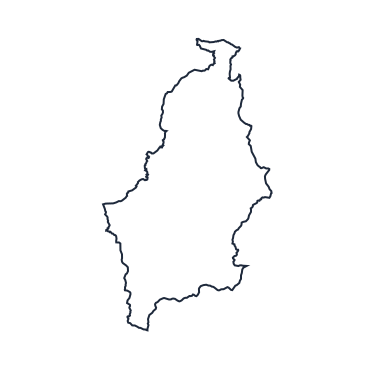 outline of Pasto, Nariño, Colombia, rotated 40°
{"feature_id": "7082276B828212266438", "entity_name": "Pasto", "entity_type": "district", "adm_level": 2, "iso_a3": "COL", "parent_name": "Colombia", "parent_adm1": "Nariño", "projection": "mercator", "projection_center": [-77.263, 1.088], "detail": "fine", "context": "isolated", "style": "outline", "palette": "slate", "viewbox_px": 384, "rotation_deg": 40, "n_neighbors": 0, "source": "geoboundaries", "source_scale": "gbopen_adm2", "svg_char_len": 6042}
<svg xmlns="http://www.w3.org/2000/svg" viewBox="0 0 384 384"><g transform="rotate(40 192 192)"><path d="M168.6,85.7L165.3,81.4L161.1,80.7L159.9,78.8L157.1,77.6L157.1,74.8L155.4,73.3L154.2,71.9L153.5,71.6L152.7,71.8L153.5,73.1L153.4,75.5L153.8,76.2L152.1,80.2L150.5,81.5L147.1,81.5L146.9,81.1L147.6,80.0L144.9,77.3L143.6,75.3L142.7,73.2L140.4,70.7L139.9,69.2L138.6,68.7L137.6,67.6L136.9,66.3L136.4,66.2L136.1,65.4L136.1,63.6L136.5,63.2L136.4,62.5L135.9,62.0L136.6,61.2L137.1,59.6L137.0,58.5L136.3,57.6L135.8,55.6L136.9,54.8L136.7,54.2L137.1,53.6L136.5,51.1L136.0,51.3L134.8,50.9L133.6,52.5L131.7,53.1L127.9,53.3L126.5,53.9L125.5,53.7L124.5,54.1L123.7,54.0L122.7,54.7L118.5,55.2L117.0,56.7L116.5,57.8L115.5,58.8L115.2,59.8L114.6,59.9L114.0,61.1L113.3,61.5L112.2,63.2L109.1,66.2L108.7,66.1L108.0,66.3L105.0,68.3L103.7,68.8L103.4,69.5L102.5,70.2L98.6,70.5L97.3,71.7L97.6,72.4L98.4,72.8L98.9,72.5L99.2,72.7L101.2,76.0L101.6,76.0L102.7,74.8L104.0,75.0L106.6,76.3L111.6,73.9L112.8,73.9L113.4,73.2L115.6,73.0L116.9,72.1L118.5,69.9L119.0,71.5L119.6,71.5L119.5,72.8L119.7,73.5L119.4,73.8L120.8,73.3L121.3,72.7L121.0,74.0L123.4,74.5L123.7,76.5L125.2,77.3L125.4,78.3L126.6,78.7L126.1,80.6L126.4,81.4L125.0,82.0L124.6,83.0L124.4,84.3L125.5,87.6L123.9,88.6L123.8,90.4L123.4,91.2L122.3,92.1L121.8,93.2L115.4,96.7L112.9,102.7L113.2,106.2L112.2,109.1L111.2,110.7L110.8,111.9L111.0,115.5L111.5,117.1L111.6,119.1L111.5,120.4L110.7,121.1L111.9,128.0L111.4,129.0L109.1,131.1L109.4,132.5L108.8,133.8L110.8,139.1L113.6,142.8L114.2,145.8L115.8,148.1L117.3,148.3L118.6,149.7L119.1,151.0L119.4,153.2L120.8,154.4L121.5,156.4L122.5,157.6L122.8,158.8L124.2,161.3L127.1,163.2L129.6,163.3L131.9,162.9L132.6,162.0L133.2,161.7L133.0,162.5L133.5,164.4L134.5,165.4L136.3,167.8L136.4,169.0L136.8,169.6L136.3,171.0L136.7,171.4L137.7,171.6L138.6,172.6L139.3,174.8L140.1,174.7L140.1,176.7L140.4,177.1L139.2,178.1L138.9,177.1L138.5,177.6L138.9,178.4L138.5,178.8L138.8,182.5L137.7,187.2L136.5,188.3L135.5,188.1L134.9,188.6L133.9,188.5L132.8,189.2L132.6,189.8L133.0,192.3L133.7,192.2L135.1,193.1L135.9,192.5L136.6,192.7L136.9,193.9L135.6,194.5L135.4,195.4L135.7,196.2L137.7,197.0L137.6,197.3L138.4,199.6L138.3,200.5L139.0,201.3L138.7,201.7L138.9,202.3L140.5,203.9L141.2,203.9L141.3,204.4L142.1,204.6L142.2,205.3L142.6,205.0L142.7,204.2L143.3,204.8L143.2,205.3L144.8,205.4L145.7,206.2L146.1,206.7L146.0,207.4L147.1,207.0L147.3,208.0L146.9,208.9L147.0,209.8L147.6,210.0L148.7,209.5L149.7,211.1L149.5,211.9L148.9,212.6L148.5,212.6L148.3,213.2L146.2,213.5L145.2,214.8L144.4,216.9L144.2,219.2L144.9,219.9L145.0,223.3L145.9,223.3L146.2,224.6L145.1,229.2L142.9,232.5L143.5,233.5L143.1,234.0L143.3,235.3L144.8,236.7L144.6,237.3L144.9,238.9L143.9,243.6L143.3,244.9L141.8,246.0L140.7,248.6L139.0,251.3L133.3,256.4L131.8,258.6L136.0,260.9L137.8,262.3L138.9,262.6L139.4,263.3L139.8,265.0L143.0,265.4L144.1,266.1L144.5,266.9L146.3,268.0L146.7,269.0L150.2,270.3L150.5,271.1L150.5,272.1L151.0,272.9L150.7,273.8L151.3,273.9L151.3,275.0L150.7,276.1L151.1,276.8L151.9,276.0L152.7,276.2L153.9,275.5L154.7,275.7L155.1,274.9L157.3,275.3L158.2,274.7L160.2,274.9L161.1,274.3L162.3,274.6L164.2,276.3L165.4,278.3L166.4,279.3L168.5,277.6L170.2,277.5L174.7,282.7L178.4,284.7L181.0,287.7L181.6,289.0L183.2,290.4L184.7,290.9L188.7,290.6L191.2,290.9L193.8,293.7L194.5,296.2L194.1,297.7L195.4,301.5L197.6,302.4L199.9,304.1L200.5,305.4L201.5,306.5L201.8,307.9L202.9,309.1L203.2,309.9L203.8,310.4L205.9,309.1L208.9,308.6L209.7,308.9L210.6,309.9L212.2,313.4L212.3,316.5L213.6,318.8L216.9,318.3L217.8,319.1L218.1,320.5L218.5,321.0L221.2,322.1L221.7,323.4L222.4,324.0L222.8,325.6L223.9,326.5L223.8,327.6L223.0,328.1L222.7,328.9L223.2,329.5L224.8,330.0L225.6,332.1L227.1,333.1L229.0,332.2L232.0,332.6L234.0,331.0L236.9,330.3L238.5,330.2L239.9,329.2L243.2,328.4L245.0,327.1L245.8,327.1L246.8,326.6L245.9,325.6L244.2,321.9L242.7,321.2L242.4,319.9L240.0,317.6L238.4,313.6L239.2,310.1L238.9,307.9L239.4,304.9L238.8,303.6L237.1,302.8L235.8,301.7L235.6,300.1L236.4,298.4L236.6,295.1L238.3,291.7L239.0,291.0L243.5,289.1L244.9,287.8L245.4,286.5L246.1,285.7L247.6,284.8L250.7,284.5L252.5,284.0L253.0,283.4L253.7,281.8L254.0,278.9L254.9,277.3L256.1,276.3L256.9,273.3L257.9,272.6L258.7,271.5L258.6,269.9L259.5,269.5L261.0,269.5L262.3,269.0L262.4,268.6L262.5,266.9L261.9,264.3L259.6,261.8L259.3,261.0L259.2,258.5L260.6,256.0L262.5,253.9L264.7,253.1L266.0,252.1L268.1,251.7L268.9,251.1L270.3,250.8L274.6,250.7L275.5,250.3L276.2,249.6L276.9,247.8L278.7,246.1L280.3,242.1L281.5,241.7L284.8,241.9L285.9,241.3L285.4,235.9L286.1,234.6L286.7,231.3L285.7,229.1L285.4,227.1L283.1,224.3L282.2,222.0L280.3,219.0L280.0,216.9L281.4,213.5L278.4,215.7L276.7,216.6L275.8,217.5L275.1,218.9L271.9,220.7L270.1,220.2L268.5,218.8L268.5,217.3L268.3,216.7L266.1,216.5L265.5,216.0L265.7,213.8L266.7,212.5L266.7,211.4L266.3,210.7L265.2,210.1L265.2,208.0L264.8,206.8L264.4,206.6L263.4,207.4L262.6,207.5L260.4,206.0L259.0,205.7L258.2,204.8L256.1,205.5L255.3,203.8L253.7,202.6L253.1,201.0L251.5,198.4L251.1,196.4L250.4,194.8L250.7,192.6L251.4,191.1L251.1,189.7L251.3,186.4L251.0,185.4L249.7,183.5L250.4,182.0L252.1,179.8L252.3,176.9L252.0,175.7L250.7,173.3L250.0,169.4L248.7,167.7L247.5,166.8L248.0,165.1L247.8,163.9L247.1,162.9L247.1,162.5L248.6,159.0L248.7,158.2L247.8,156.7L248.2,155.9L249.3,155.3L249.1,153.6L249.7,153.1L249.2,152.1L249.4,150.9L250.5,150.2L251.2,149.0L255.0,146.7L254.8,145.0L253.4,142.1L253.6,141.6L252.1,140.3L249.7,140.0L247.3,138.7L243.2,137.8L239.5,134.9L237.8,133.1L237.2,131.2L237.0,125.5L236.4,124.7L235.4,124.9L233.7,126.3L231.0,126.9L229.8,129.2L229.3,129.5L228.0,129.2L226.6,129.4L224.9,129.3L221.8,128.1L219.1,125.7L211.9,122.8L207.4,119.0L204.7,118.8L203.8,117.4L203.1,115.2L198.7,114.6L198.8,113.1L198.2,110.1L197.5,109.3L196.8,105.8L195.1,103.3L194.6,103.3L193.9,104.0L192.9,103.7L192.1,104.3L190.2,104.7L189.6,105.2L187.3,105.4L182.8,105.3L179.2,103.5L177.0,101.9L176.1,100.8L174.5,97.3L174.4,95.2L172.8,92.9L170.9,89.2L171.0,87.5L170.7,87.0L169.8,86.8L168.6,85.7Z" fill="none" stroke="#1e293b" stroke-width="2"/></g></svg>